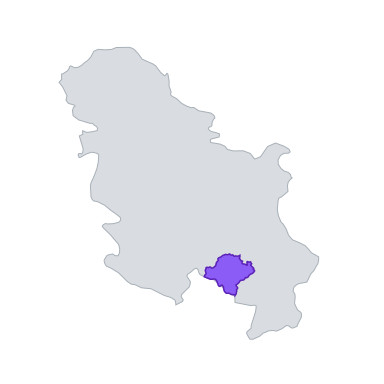 location of Toplicki within Republic of Serbia, rotated 352°
{"feature_id": "SRB-835", "entity_name": "Toplicki", "entity_type": "District", "adm_level": 1, "iso_a3": "SRB", "parent_name": "Republic of Serbia", "parent_adm1": "", "projection": "mercator", "projection_center": [21.443, 43.114], "detail": "fine", "context": "in_parent", "style": "filled", "palette": "violet", "viewbox_px": 384, "rotation_deg": 352, "n_neighbors": 0, "source": "natural_earth", "source_scale": "10m", "svg_char_len": 7700}
<svg xmlns="http://www.w3.org/2000/svg" viewBox="0 0 384 384"><g transform="rotate(352 192 192)"><path d="M217.4,145.6L226.6,148.5L230.8,151.2L233.0,154.8L238.8,157.1L248.4,158.3L255.0,161.9L258.7,168.1L264.8,166.6L273.2,157.5L281.5,155.1L289.6,159.5L294.0,163.1L294.8,165.9L292.9,167.0L288.4,166.5L284.6,168.2L281.7,172.2L281.3,176.5L283.3,181.0L286.2,184.1L289.9,185.9L291.9,188.2L292.2,191.2L293.1,192.0L291.0,193.4L288.7,195.5L287.4,199.1L287.1,204.8L279.9,209.3L277.1,210.1L275.9,213.1L274.0,221.5L274.3,227.8L275.2,231.0L275.7,233.6L278.0,236.8L280.1,241.7L281.6,248.2L284.7,253.2L292.7,258.1L296.7,261.0L299.6,265.1L301.8,268.8L308.4,273.8L307.9,277.3L306.5,280.8L305.0,282.4L301.7,286.9L298.5,289.4L293.2,297.2L284.9,297.6L282.9,298.3L279.7,300.4L278.2,304.3L279.7,307.4L279.5,310.6L278.0,316.7L280.0,323.3L283.0,326.3L283.4,328.0L282.9,331.1L278.5,337.4L277.2,339.7L272.8,340.8L271.3,340.2L269.1,338.1L267.0,337.4L261.7,340.0L256.4,341.5L252.2,340.3L248.1,340.2L245.2,341.2L243.0,341.6L238.8,344.3L232.0,346.3L228.8,345.8L227.7,343.3L226.4,339.7L227.0,338.0L231.5,335.2L232.0,332.5L238.3,319.3L239.5,315.0L239.6,313.6L237.9,312.7L234.5,312.7L219.2,307.4L219.9,301.2L215.4,297.9L210.5,295.0L209.7,291.7L204.3,285.0L200.4,281.2L195.4,279.4L191.0,276.6L188.4,274.9L187.3,271.8L187.3,269.9L186.0,268.2L183.9,268.3L180.3,270.8L176.0,273.0L175.2,274.5L176.8,278.2L177.9,280.6L177.4,282.8L176.0,285.7L167.6,291.9L166.7,294.1L168.3,297.6L167.3,299.2L160.3,301.5L160.5,299.6L160.0,296.5L156.0,293.3L150.3,290.7L137.7,282.0L132.9,280.9L128.6,279.8L122.4,275.7L119.2,274.9L115.7,271.9L108.0,261.8L101.4,256.3L96.9,253.5L95.7,250.8L95.4,248.0L95.6,247.1L98.9,243.1L101.5,242.5L104.9,242.4L107.1,244.4L110.0,244.8L111.6,242.3L112.5,238.6L112.1,233.8L105.1,222.8L99.1,215.1L98.4,213.4L99.7,212.0L101.8,211.2L104.0,211.9L109.9,212.4L115.5,211.7L117.5,209.8L117.5,207.3L115.4,204.9L108.8,198.6L103.7,193.0L97.6,188.7L93.2,187.0L91.8,184.8L91.3,182.4L91.8,178.1L92.1,172.7L93.1,169.2L97.2,162.7L101.0,155.8L103.4,149.2L104.7,143.0L104.2,141.2L102.2,139.9L97.9,138.6L92.0,139.8L87.0,142.0L85.0,142.2L84.4,139.4L85.2,138.2L86.7,138.3L88.0,138.9L89.4,137.6L90.2,133.9L88.2,120.8L91.9,119.7L92.0,117.8L92.3,116.1L96.2,118.4L101.7,118.4L106.5,118.0L107.2,116.7L107.1,114.8L106.1,113.4L104.4,112.2L103.2,110.4L100.0,109.6L89.9,104.9L84.9,99.9L85.0,94.5L86.5,91.6L88.2,90.6L87.7,89.6L82.0,87.1L80.0,83.7L81.6,79.3L78.7,70.3L75.6,64.8L78.6,62.4L79.0,59.0L79.3,57.0L80.6,57.0L85.5,54.7L87.3,52.9L88.3,50.7L89.5,50.2L92.8,52.5L96.3,52.7L100.3,51.2L103.2,49.2L106.7,47.4L108.3,46.2L110.4,44.4L114.5,38.9L119.1,37.7L125.4,39.1L132.1,39.6L137.2,38.4L150.0,40.0L152.7,41.3L154.5,42.7L157.9,47.4L161.1,53.5L165.5,56.3L170.9,59.6L173.6,62.0L177.6,69.3L180.8,72.9L181.9,72.7L182.9,71.8L183.7,71.0L184.5,71.7L184.6,73.9L184.8,78.8L184.0,84.0L185.1,88.9L185.2,90.4L184.4,91.8L184.5,93.1L185.6,94.4L189.9,97.6L193.9,102.6L198.5,106.1L202.8,108.4L205.5,108.5L209.9,112.5L218.7,115.4L221.5,116.4L223.4,118.1L224.8,120.0L224.9,122.0L223.5,123.0L221.6,125.8L220.9,129.2L219.5,130.0L218.1,130.1L217.0,131.1L217.3,132.5L218.4,133.9L220.3,135.1L223.7,136.4L227.2,138.2L227.1,139.7L226.4,141.3L222.1,141.8L218.8,142.1L217.3,142.8L217.4,145.6Z" fill="#d9dde1" stroke="#a8b0b8" stroke-width="1"/><path d="M196.8,280.3L192.3,277.6L192.4,277.4L192.7,276.7L193.0,276.4L193.3,275.9L193.6,275.6L194.0,275.5L194.1,275.4L194.6,274.8L194.7,274.7L194.6,274.2L194.5,273.8L194.4,272.9L194.3,272.2L194.2,271.8L194.3,271.4L194.3,271.2L194.9,270.4L195.3,270.0L195.3,269.8L195.3,269.6L195.3,269.4L195.2,269.2L195.3,269.0L195.4,268.9L195.6,268.8L196.1,268.7L196.3,268.6L196.5,268.6L197.0,268.9L197.2,269.0L197.7,269.2L197.8,269.2L198.1,269.1L198.5,268.9L199.0,268.7L199.3,268.7L199.6,268.9L200.0,269.0L200.3,269.6L200.5,269.8L200.9,270.0L201.1,270.0L201.3,270.1L201.7,270.1L201.9,270.1L202.1,270.1L202.5,269.9L202.9,269.7L203.2,269.6L203.5,269.3L203.8,269.2L204.1,269.0L204.5,268.8L204.7,268.6L204.8,268.5L205.0,268.1L205.2,267.9L205.5,267.8L205.6,267.7L205.7,267.4L205.7,267.2L205.7,266.8L205.7,266.7L205.8,266.6L206.1,266.1L206.2,265.9L206.4,265.3L206.4,265.1L206.5,265.0L206.7,264.9L207.2,264.5L207.6,264.1L208.0,263.9L208.2,263.7L208.3,263.6L208.3,263.4L208.5,262.9L208.4,262.7L208.3,262.3L208.3,262.1L208.3,261.9L208.4,261.7L208.5,261.5L208.7,261.4L208.9,261.2L209.1,261.1L209.6,260.8L210.4,260.6L211.0,260.5L211.3,260.5L212.3,259.9L213.4,259.2L213.7,259.1L213.9,259.0L214.2,258.9L215.1,258.9L215.3,258.9L215.5,258.8L215.7,258.7L216.1,258.5L216.3,258.4L216.5,258.4L216.6,258.5L217.3,258.7L217.6,258.8L218.0,259.0L218.4,259.1L218.5,259.1L218.8,259.0L219.2,258.9L219.6,258.9L219.9,258.9L219.9,258.7L220.1,258.6L220.4,258.6L220.6,258.6L220.8,258.7L221.0,258.8L221.1,259.0L221.3,259.4L221.4,259.5L221.6,259.7L221.9,259.8L222.4,260.0L222.5,260.0L223.1,260.0L223.3,260.0L223.6,259.9L224.2,260.8L224.5,261.3L224.8,261.5L225.5,261.4L225.9,261.3L226.1,261.4L226.8,261.5L227.0,261.6L227.4,261.8L227.6,261.8L228.0,261.9L228.7,261.9L229.1,261.9L229.3,261.8L229.7,261.7L230.6,261.3L230.5,262.4L230.5,262.6L230.4,263.0L230.2,263.3L230.0,263.6L229.8,263.8L229.8,264.0L229.7,264.1L229.8,264.4L229.8,264.5L230.0,264.8L230.2,265.1L230.2,265.5L230.3,265.6L230.4,265.8L230.6,266.0L230.7,266.3L230.8,266.6L231.0,266.9L231.1,267.0L231.4,267.1L231.9,267.2L232.1,267.3L232.4,267.5L232.4,267.8L232.2,268.0L231.9,268.3L231.8,268.5L231.6,268.7L231.6,268.8L231.6,269.0L231.6,269.3L231.7,269.5L231.8,269.8L232.0,270.0L232.3,270.2L232.4,270.3L232.6,270.4L232.8,270.5L233.0,270.4L233.7,270.6L233.9,270.6L234.0,270.7L234.3,270.8L234.5,271.0L235.2,271.5L235.8,272.0L236.0,272.2L236.3,272.2L236.5,272.0L236.6,271.9L236.7,271.7L236.6,271.4L236.5,271.0L236.5,270.8L236.5,270.6L236.6,270.0L236.6,269.4L236.6,269.2L236.7,268.9L236.9,268.7L237.0,268.6L237.4,268.6L237.5,268.7L237.7,268.8L237.8,269.1L238.0,269.3L238.4,269.4L238.7,269.3L238.9,269.3L239.0,269.3L239.6,269.4L239.8,269.4L240.0,269.4L240.3,269.3L240.6,270.4L240.6,270.6L240.7,270.8L241.0,271.2L241.1,271.3L241.0,271.5L240.9,271.7L240.8,271.8L240.3,272.1L240.2,272.3L240.0,272.5L240.0,272.8L240.1,273.0L240.5,273.4L240.7,273.8L240.8,274.0L241.5,274.7L241.6,274.9L242.0,275.6L242.4,276.0L242.5,276.1L242.5,276.3L242.4,276.4L242.3,276.5L242.0,276.7L241.9,276.8L241.8,277.0L241.9,277.3L242.0,277.5L242.3,277.6L242.5,277.7L242.8,278.2L243.0,278.5L243.0,278.9L242.6,279.2L242.3,279.7L241.9,280.0L240.8,280.9L240.6,281.0L240.0,281.2L239.8,281.3L239.2,281.3L238.9,281.4L238.5,281.6L237.9,281.9L237.2,282.3L236.8,282.7L236.5,283.1L236.2,283.4L235.9,283.6L235.7,283.9L235.6,284.1L235.1,284.2L234.7,284.4L234.4,284.5L234.2,284.6L233.7,284.3L233.4,284.1L233.2,284.1L232.9,284.3L232.7,284.4L232.7,284.6L232.5,285.0L232.4,285.1L232.1,285.4L231.7,285.7L231.2,286.1L230.9,286.3L230.7,286.3L230.3,286.3L228.4,286.3L228.2,286.4L227.9,286.4L227.7,286.5L227.3,286.7L226.7,287.2L226.6,287.3L226.2,287.9L226.0,288.1L225.7,288.4L225.4,288.6L223.9,289.6L223.4,289.8L222.7,290.1L222.5,290.3L222.5,290.5L222.8,291.0L222.9,291.5L223.0,291.6L223.3,291.9L223.3,292.0L223.5,292.4L223.5,292.6L223.8,293.0L223.9,293.3L223.9,293.5L223.5,293.9L223.4,294.1L223.3,294.3L223.2,294.4L223.1,294.5L222.9,294.6L222.7,294.8L222.4,295.1L222.4,295.3L222.4,295.6L222.5,295.7L222.4,296.2L222.4,296.4L222.4,296.7L222.4,296.8L222.3,297.0L221.9,297.5L221.8,297.8L221.8,298.2L221.8,298.4L221.5,299.1L220.2,300.5L220.2,300.0L219.6,299.5L218.5,299.4L216.7,299.0L216.1,298.6L215.0,297.7L214.4,297.3L213.8,297.2L212.5,297.2L211.8,297.0L210.3,295.1L209.9,292.7L209.9,290.3L209.0,288.6L208.0,288.4L207.3,289.0L206.5,289.4L205.5,288.9L205.0,287.8L204.2,283.8L203.3,282.0L202.4,281.3L198.6,281.1L197.5,280.7L196.8,280.3Z" fill="#8b5cf6" stroke="#5b21b6" stroke-width="1.5"/></g></svg>